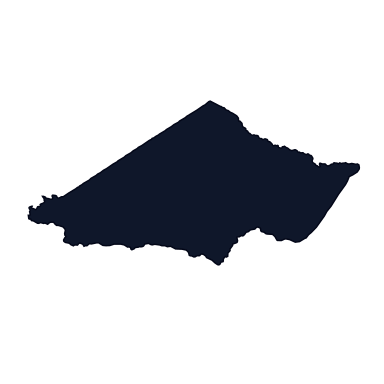 Chahal, Alta Verapaz, Guatemala, rotated 210°
{"feature_id": "79465075B23943610665473", "entity_name": "Chahal", "entity_type": "district", "adm_level": 2, "iso_a3": "GTM", "parent_name": "Guatemala", "parent_adm1": "Alta Verapaz", "projection": "orthographic", "projection_center": [-89.573, 15.738], "detail": "fine", "context": "isolated", "style": "filled", "palette": "ink", "viewbox_px": 384, "rotation_deg": 210, "n_neighbors": 0, "source": "geoboundaries", "source_scale": "gbopen_adm2", "svg_char_len": 6009}
<svg xmlns="http://www.w3.org/2000/svg" viewBox="0 0 384 384"><g transform="rotate(210 192 192)"><path d="M210.2,280.3L221.7,279.8L222.6,278.7L224.4,273.7L225.4,272.3L228.8,265.1L234.5,254.7L234.9,253.2L238.3,247.2L238.6,245.7L241.3,241.4L242.6,238.2L245.5,233.1L245.7,232.0L249.2,225.8L249.5,224.7L251.1,222.2L252.3,219.5L253.3,218.6L253.5,217.2L254.7,215.5L258.7,207.1L260.8,203.8L261.2,202.2L263.5,198.3L264.5,195.4L267.5,190.4L268.1,188.3L271.6,182.1L272.0,180.6L274.3,176.7L277.7,169.5L279.5,166.6L281.0,162.9L282.7,160.3L283.3,158.4L286.3,153.3L286.9,151.0L290.4,145.0L290.9,143.4L292.4,140.9L292.4,140.0L293.5,138.7L294.3,136.6L298.0,130.0L301.0,123.8L301.3,123.4L302.0,123.0L302.6,122.6L303.1,122.0L303.5,121.1L304.6,119.9L305.2,119.7L305.7,119.8L306.3,120.0L306.7,120.3L307.2,120.7L307.8,120.8L308.5,120.7L310.5,119.9L311.2,119.5L311.3,119.1L311.1,118.5L310.6,118.0L310.2,117.8L309.8,117.4L309.5,116.8L309.5,116.4L309.7,115.8L310.2,115.4L310.7,115.1L311.2,114.9L313.0,114.5L314.5,113.9L315.0,113.8L315.7,113.7L316.3,114.2L316.7,114.2L318.4,114.0L319.3,113.5L318.8,113.2L316.8,112.3L316.3,111.8L316.1,111.1L315.6,110.7L315.0,110.5L314.8,110.0L314.8,109.0L315.1,108.2L316.9,106.0L317.2,105.3L316.7,104.8L316.4,104.4L316.4,103.8L316.6,103.3L317.8,102.5L318.3,102.0L318.3,101.4L318.1,100.2L318.1,99.7L318.3,99.0L318.8,98.5L319.7,98.4L321.0,98.3L322.0,97.9L322.4,97.8L323.0,97.9L323.3,98.5L323.2,99.2L323.3,99.7L323.8,99.4L325.1,97.8L325.3,97.2L325.2,96.8L324.8,96.4L324.2,96.0L323.5,95.8L323.0,95.4L322.9,94.9L322.8,93.7L322.5,93.4L322.0,93.0L321.6,92.4L321.2,91.9L320.8,91.5L320.8,91.1L321.2,90.6L321.5,90.3L322.1,90.0L320.0,87.3L319.4,87.2L318.2,87.9L316.7,87.0L315.0,87.7L310.2,87.7L309.0,88.3L307.9,89.8L304.8,90.6L303.8,91.6L300.9,91.9L300.0,94.4L299.0,95.4L296.8,96.6L294.2,95.6L292.6,95.4L290.9,96.3L286.4,97.3L283.7,96.5L282.5,95.5L281.5,92.3L280.4,91.0L279.1,90.5L278.9,89.9L279.3,88.5L279.2,86.2L278.3,85.2L276.5,85.0L272.6,86.3L270.6,85.8L267.8,86.1L267.2,87.5L264.6,88.8L264.4,90.6L263.6,91.8L262.7,91.9L260.4,92.2L259.4,91.6L258.4,91.0L257.5,92.2L256.1,93.0L255.1,95.9L253.1,96.8L249.3,100.2L247.5,101.3L242.5,101.2L239.7,102.5L236.4,104.6L233.4,107.9L227.7,111.2L224.2,112.3L220.3,112.1L219.0,113.0L217.6,113.2L216.1,111.9L215.2,111.9L213.7,113.9L213.4,115.5L210.7,117.6L210.0,118.6L208.9,118.9L207.7,119.9L207.0,120.9L206.8,123.4L203.9,125.8L201.4,125.9L200.1,126.3L198.1,128.1L193.5,130.0L191.2,130.4L188.5,132.0L186.0,132.3L183.4,134.3L177.8,134.5L172.1,137.5L168.1,138.8L166.3,138.5L164.6,137.8L162.7,135.8L161.6,135.9L160.4,136.5L157.9,136.7L156.8,137.5L155.9,139.3L153.8,140.5L153.5,140.9L153.3,142.3L152.6,143.2L150.9,143.7L148.1,143.4L146.6,142.5L140.6,143.0L136.7,142.1L133.8,141.9L132.9,142.0L132.0,142.7L131.7,143.6L131.9,145.7L130.3,147.2L130.4,147.9L131.2,149.1L131.3,151.2L130.9,152.7L129.8,152.8L128.9,154.1L130.4,157.1L129.7,160.2L130.6,161.5L130.1,165.9L130.7,167.3L128.3,170.1L127.8,170.9L128.1,172.5L130.4,175.0L130.4,175.7L128.5,177.0L127.8,178.7L126.4,179.2L125.6,180.0L125.1,182.5L125.1,184.1L123.4,185.8L122.5,188.4L119.2,191.2L118.8,192.0L119.0,192.6L117.6,194.7L114.6,194.8L113.0,192.8L112.0,192.5L109.1,193.3L107.7,192.8L106.1,193.1L101.1,195.6L97.9,194.9L94.4,192.8L93.7,192.8L90.3,194.7L88.2,197.7L87.1,198.4L83.7,199.6L77.5,200.2L74.1,202.8L71.1,208.3L70.2,209.3L69.7,213.3L68.5,216.5L66.7,223.7L65.4,237.4L65.5,242.6L64.5,249.2L64.0,263.5L62.8,275.1L62.9,279.3L63.6,283.9L61.3,287.3L58.9,292.0L58.7,295.5L59.2,296.7L61.0,298.9L62.7,299.0L64.0,297.9L67.9,296.6L69.9,294.8L71.3,294.2L73.6,294.2L74.4,293.3L75.8,292.4L76.8,291.4L77.5,291.2L78.0,291.2L78.6,291.1L78.9,290.7L79.0,290.2L79.3,289.6L79.9,289.5L80.8,289.5L82.4,288.7L82.8,288.6L83.4,288.4L83.9,287.8L83.9,287.2L83.9,286.7L84.5,286.1L84.9,286.0L85.4,285.5L85.5,284.9L85.6,284.3L85.9,284.0L86.3,283.8L86.6,283.3L86.8,282.9L87.3,282.5L87.9,282.4L88.5,282.3L89.2,282.4L89.7,282.6L90.3,282.8L90.9,282.8L91.4,282.5L92.5,281.8L93.1,281.5L93.7,281.3L94.6,281.2L95.1,281.1L95.6,280.9L95.6,280.5L95.6,280.0L95.1,279.4L94.6,279.0L94.2,278.7L93.8,278.3L94.0,277.6L94.5,277.2L94.9,277.1L95.7,277.1L96.2,277.3L96.7,277.3L97.4,277.1L98.1,277.0L98.4,277.3L99.0,277.7L99.7,277.8L101.7,277.8L102.4,278.0L103.1,278.6L103.5,278.9L103.7,279.7L103.8,280.3L103.9,281.1L104.3,281.7L104.7,282.0L105.3,282.3L105.6,282.5L106.6,283.0L107.2,283.1L107.6,283.0L108.2,282.7L108.6,282.6L109.0,282.7L109.5,283.0L110.1,283.1L110.8,282.9L111.2,282.4L111.6,281.6L112.1,281.4L112.8,281.4L113.4,281.2L114.0,281.2L115.4,281.5L116.1,281.2L116.5,280.9L116.9,280.5L117.5,280.2L118.1,280.2L118.8,280.3L119.3,279.9L119.7,279.7L120.2,279.6L120.8,279.9L121.2,280.1L121.8,280.3L122.3,280.3L123.4,280.3L124.2,279.9L125.9,278.1L126.5,277.7L127.2,277.5L129.0,277.4L130.0,277.7L131.1,277.8L131.6,277.8L132.3,277.6L132.9,277.6L134.2,277.8L134.9,277.8L135.3,277.2L135.6,276.8L136.2,276.5L136.4,276.1L136.3,275.7L136.3,275.2L136.4,274.7L136.7,274.4L137.4,274.3L138.3,274.1L138.8,273.9L139.4,273.8L140.0,274.4L140.3,275.0L140.8,275.2L141.3,275.1L141.7,274.6L142.2,274.2L143.0,274.2L143.6,273.9L144.0,273.4L144.6,272.8L145.3,272.7L146.0,273.0L146.3,273.4L147.1,273.7L148.0,274.0L149.3,274.3L149.8,274.4L150.4,274.2L150.9,274.0L151.4,274.0L152.0,274.3L152.9,275.0L153.6,275.0L154.1,274.8L154.6,274.8L155.4,274.5L156.1,273.6L156.5,273.1L156.9,272.8L157.6,272.8L158.1,273.0L158.5,273.0L159.7,272.4L160.5,272.3L160.9,272.4L161.5,272.7L162.7,273.6L163.4,273.6L163.8,273.5L164.3,273.3L165.3,272.7L166.3,272.5L166.8,272.5L167.5,271.9L167.7,271.6L168.1,271.3L168.5,271.1L169.2,271.1L169.7,271.2L170.3,271.4L171.1,271.6L171.8,271.5L172.6,271.5L173.5,272.0L174.0,272.4L174.6,272.5L175.2,272.5L175.6,272.4L176.2,272.5L176.7,273.0L177.0,273.6L177.7,273.9L178.1,273.9L180.2,273.8L180.9,274.1L181.3,274.4L181.8,274.9L182.6,275.8L182.9,276.3L183.4,276.6L185.9,277.3L186.6,276.9L187.7,277.5L188.8,279.2L191.3,280.3L196.3,280.5L198.6,280.2L201.4,280.6L203.3,280.1L206.4,281.0L207.6,280.4L209.7,280.6L210.2,280.3Z" fill="#0f172a" stroke="#020617" stroke-width="1.5"/></g></svg>